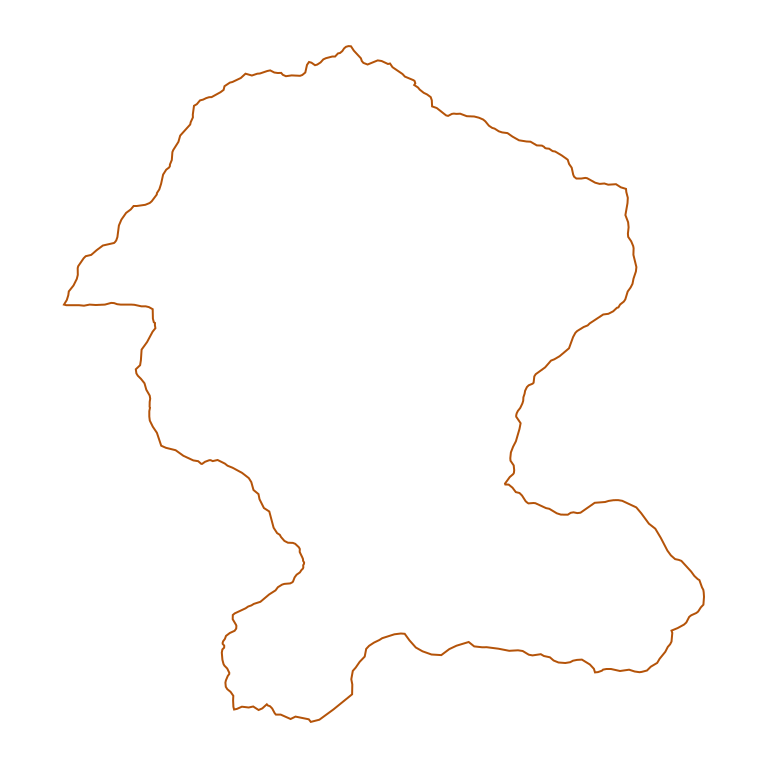 Toewang, Punakha, Bhutan
{"feature_id": "84629894B31027958924606", "entity_name": "Toewang", "entity_type": "district", "adm_level": 2, "iso_a3": "BTN", "parent_name": "Bhutan", "parent_adm1": "Punakha", "projection": "albers", "projection_center": [89.944, 27.737], "detail": "fine", "context": "isolated", "style": "outline", "palette": "amber", "viewbox_px": 768, "rotation_deg": 0, "n_neighbors": 0, "source": "geoboundaries", "source_scale": "gbopen_adm2", "svg_char_len": 6046}
<svg xmlns="http://www.w3.org/2000/svg" viewBox="0 0 768 768"><path d="M234.1,709.5L236.9,708.9L241.9,706.7L248.7,707.5L253.2,706.5L258.6,710.0L262.3,708.4L266.8,704.3L267.7,705.4L270.1,706.3L272.2,708.5L274.7,713.2L275.9,714.6L280.7,714.6L290.6,719.0L295.5,716.6L308.8,719.3L310.8,721.9L319.4,719.7L333.5,709.4L352.1,694.3L352.3,684.5L351.3,679.2L352.8,670.9L355.7,667.6L359.7,661.8L364.7,656.6L366.2,648.9L369.1,645.8L374.0,642.6L379.4,640.0L382.2,638.2L394.4,634.3L400.9,633.5L404.7,633.8L409.5,640.4L415.8,647.5L422.5,651.3L431.5,654.5L441.3,655.1L449.3,649.1L456.5,645.7L468.7,642.0L474.2,646.4L482.4,647.3L486.7,647.2L498.4,648.7L509.2,650.8L518.0,650.3L522.7,651.0L528.8,654.7L532.5,655.4L540.8,654.2L543.9,656.0L549.9,657.3L553.6,660.5L558.5,662.5L565.3,663.0L570.2,662.2L573.0,660.7L577.0,659.9L581.9,659.6L589.9,664.5L593.9,668.8L595.0,672.4L598.0,672.1L601.9,670.7L603.1,669.6L606.4,669.0L611.0,669.0L620.0,671.0L629.1,669.7L634.7,671.5L639.5,672.2L641.7,671.9L647.0,670.5L650.8,666.7L657.2,662.9L659.6,658.8L665.3,651.8L667.8,646.9L670.1,644.3L671.5,641.6L672.3,632.9L671.5,630.6L677.6,628.1L684.0,624.6L686.3,622.5L689.2,616.9L691.2,615.3L696.3,613.0L698.1,611.6L700.9,607.3L703.4,604.7L704.0,596.9L703.7,592.3L703.3,589.8L702.0,587.4L699.4,580.1L697.7,579.1L694.3,575.9L691.1,571.5L681.4,560.9L678.8,559.9L675.1,559.1L670.9,555.4L667.4,550.6L660.8,537.9L655.3,528.7L648.9,523.7L641.2,513.2L636.3,507.4L622.2,500.8L618.0,500.1L613.5,500.2L608.7,500.9L605.1,502.0L594.7,502.8L580.5,512.7L577.3,513.1L573.5,512.3L570.7,512.8L567.8,514.7L560.9,514.6L556.8,513.3L549.3,508.8L546.0,508.1L535.4,503.2L533.4,503.0L528.5,503.4L527.6,502.9L525.7,501.3L522.0,495.5L519.5,493.0L515.8,492.1L512.5,487.7L508.7,484.6L505.3,484.5L505.0,483.6L509.8,477.0L513.2,474.1L513.9,472.9L514.2,470.2L513.7,465.4L510.5,460.7L510.3,458.2L510.9,452.4L513.1,446.7L515.9,441.3L519.5,428.9L520.6,423.2L516.2,416.7L516.2,415.3L516.7,413.3L517.9,410.9L520.2,408.0L522.4,403.4L523.2,400.8L523.4,397.3L524.6,393.7L525.1,390.8L526.9,387.1L528.7,385.3L532.6,383.7L533.6,382.7L534.3,376.4L535.7,374.2L545.1,367.4L551.0,360.6L554.3,359.3L559.6,356.2L569.0,348.3L573.1,337.0L575.4,332.8L577.2,331.0L583.7,327.0L587.7,325.4L589.7,323.4L603.2,314.5L608.4,313.8L613.2,311.3L616.9,307.8L618.4,307.4L620.1,304.5L623.8,301.6L625.3,299.4L627.7,291.5L630.6,287.5L632.5,283.8L633.5,278.7L635.9,271.5L636.4,267.1L633.4,254.8L633.6,248.3L633.2,246.1L631.2,241.3L628.2,236.9L627.9,233.7L628.6,227.3L628.1,222.2L625.4,215.1L627.5,203.1L627.8,197.8L626.3,192.0L626.0,188.9L620.8,187.3L616.0,184.2L608.2,184.7L604.4,183.5L599.6,183.9L595.2,182.7L587.1,178.2L585.3,177.9L581.5,178.5L576.3,178.5L574.1,176.7L573.2,174.6L571.7,167.7L569.1,164.0L567.7,159.7L561.7,155.4L555.1,151.5L552.6,151.1L549.1,148.7L546.1,148.4L544.8,147.8L544.0,146.8L541.9,145.6L536.8,145.4L530.5,141.7L526.6,141.5L519.0,140.3L512.5,136.6L507.5,133.1L502.1,132.4L498.8,131.3L494.6,128.6L492.2,127.9L488.9,125.7L485.3,121.3L483.1,119.5L478.9,117.7L474.2,116.5L466.8,116.2L460.2,113.7L456.4,113.9L453.9,113.6L451.9,113.9L448.1,115.9L446.1,115.4L436.7,108.0L432.1,106.4L431.8,100.3L430.7,97.1L427.0,94.4L423.7,92.8L419.7,89.6L418.0,87.5L414.2,85.0L415.3,83.3L414.6,81.0L413.5,80.2L404.9,76.6L402.5,74.0L392.5,67.2L390.0,63.5L388.0,64.0L381.6,61.0L377.7,60.4L367.6,64.5L363.4,62.9L361.8,61.0L360.9,58.3L353.8,50.6L351.0,46.3L348.5,46.1L346.0,46.8L344.1,48.4L342.3,51.1L340.0,53.0L338.0,53.4L335.1,56.5L332.4,56.5L325.9,58.2L323.3,59.4L320.6,62.4L317.2,64.6L315.0,65.2L311.5,62.7L309.0,62.0L307.0,64.9L305.3,72.5L302.3,75.0L300.1,75.8L291.7,75.4L285.9,76.2L282.8,74.8L281.2,72.9L277.7,73.0L274.3,72.5L270.2,70.4L267.3,71.0L259.9,73.5L257.3,73.7L251.9,75.5L245.5,73.7L240.8,78.0L232.4,82.0L229.9,82.6L224.5,86.2L223.6,89.9L220.5,92.2L211.6,97.1L209.1,97.2L206.2,98.1L203.1,99.6L200.0,100.4L196.8,104.2L194.0,105.8L192.8,114.6L192.9,117.4L190.7,122.2L190.2,124.5L180.2,135.6L178.4,141.9L173.2,150.1L172.4,152.1L171.8,160.0L169.9,164.6L169.9,166.1L169.1,167.5L166.2,169.7L163.1,174.6L161.1,183.8L159.3,189.4L156.9,193.1L156.8,194.5L151.7,201.3L149.7,203.0L145.3,204.8L136.8,206.0L133.6,206.0L130.8,209.4L126.1,212.9L121.4,219.6L118.9,225.5L117.4,237.1L116.2,240.5L114.9,242.2L114.0,243.0L102.9,245.5L96.6,250.2L91.2,254.9L85.7,256.2L83.7,258.2L78.2,266.2L77.7,268.1L77.8,274.9L76.8,278.9L73.5,285.5L68.8,291.4L68.3,295.2L66.8,300.0L64.0,304.6L66.3,305.2L79.0,305.2L84.0,305.7L89.6,304.6L95.8,305.0L104.9,304.6L111.2,302.9L114.1,303.1L117.2,304.2L120.7,304.6L131.3,304.6L134.4,304.8L141.3,306.3L145.6,306.3L148.9,307.1L152.7,309.2L152.9,318.6L153.8,322.2L155.0,323.0L154.9,325.1L155.4,328.2L152.6,331.7L147.1,342.0L141.6,349.6L140.9,360.2L140.1,365.2L135.8,369.3L136.4,373.4L137.8,375.7L141.0,378.9L144.5,383.3L146.3,389.7L149.7,395.6L150.2,398.7L149.7,401.8L149.6,406.9L150.0,407.7L149.3,411.2L149.3,416.5L149.8,420.6L152.8,426.7L156.9,432.8L161.2,445.7L165.9,447.8L175.6,450.2L183.4,455.8L193.3,460.4L198.2,461.2L201.3,463.9L202.1,463.9L205.0,461.8L209.3,460.2L210.7,460.2L212.7,461.1L217.6,460.0L224.9,463.6L227.5,465.7L232.5,467.7L242.1,472.9L248.8,478.1L251.3,482.1L253.5,490.0L258.5,494.1L259.5,499.2L263.9,508.0L269.3,511.5L273.6,527.7L277.1,533.1L279.8,534.8L281.0,537.0L284.4,540.9L287.9,542.7L292.9,542.9L295.2,543.8L298.9,547.3L299.8,549.0L299.7,552.0L302.3,557.4L303.0,559.1L303.1,560.8L304.1,562.5L304.0,563.8L303.2,565.2L303.3,567.5L302.9,568.6L301.4,570.1L299.9,572.4L296.6,574.7L294.6,577.4L293.0,581.6L292.3,582.3L290.2,583.4L284.3,583.9L282.1,584.6L277.9,587.2L275.5,590.4L269.2,594.4L260.4,601.8L253.8,603.9L251.4,605.4L248.2,606.5L245.6,608.3L234.7,613.4L232.8,615.0L232.7,619.2L236.0,624.8L236.4,625.9L236.2,628.6L234.6,630.8L229.8,633.0L226.0,635.9L224.9,638.9L223.1,641.3L222.6,643.0L222.7,643.9L224.2,645.6L224.2,646.8L224.1,647.7L222.4,649.4L221.8,652.6L222.4,659.7L223.5,664.0L224.4,665.6L227.2,668.5L229.3,672.8L229.2,674.1L227.8,675.9L225.9,680.4L225.4,682.7L225.8,686.8L227.3,689.2L230.6,691.9L233.3,695.8L233.1,700.5L233.4,706.8L234.1,709.5Z" fill="none" stroke="#b45309" stroke-width="2"/></svg>